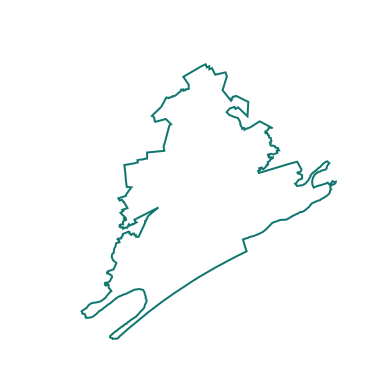 the district of Tecuala, Nayarit, Mexico, rotated 253°
{"feature_id": "50627088B70110967390572", "entity_name": "Tecuala", "entity_type": "district", "adm_level": 2, "iso_a3": "MEX", "parent_name": "Mexico", "parent_adm1": "Nayarit", "projection": "equal_earth", "projection_center": [-105.534, 22.348], "detail": "fine", "context": "isolated", "style": "outline", "palette": "teal", "viewbox_px": 384, "rotation_deg": 253, "n_neighbors": 0, "source": "geoboundaries", "source_scale": "gbopen_adm2", "svg_char_len": 5982}
<svg xmlns="http://www.w3.org/2000/svg" viewBox="0 0 384 384"><g transform="rotate(253 192 192)"><path d="M110.2,51.5L109.1,51.7L107.8,51.6L107.2,52.3L107.2,53.0L106.6,53.8L105.7,53.8L104.3,54.1L103.4,53.7L102.6,53.8L101.7,57.9L101.7,60.0L102.3,62.4L103.3,64.9L105.2,68.4L105.7,70.3L105.8,71.3L107.0,73.8L107.7,76.2L108.9,78.6L109.2,80.5L112.6,88.6L113.5,92.2L113.6,94.5L113.9,95.7L113.9,98.9L115.4,108.2L114.7,112.9L113.6,115.1L112.6,116.6L109.9,117.3L108.6,117.0L105.4,117.2L104.2,116.6L103.5,116.6L102.6,117.0L101.3,116.9L99.7,115.9L99.1,115.2L98.1,114.2L95.3,112.4L93.9,110.3L92.4,107.3L90.6,104.7L90.5,104.1L90.1,103.4L89.6,102.9L89.3,102.3L87.1,94.9L86.5,93.9L86.5,93.6L86.0,92.0L85.2,90.9L85.4,90.4L84.7,88.1L84.6,87.6L84.1,87.4L83.3,84.0L82.7,83.0L82.3,81.3L81.4,79.8L81.4,79.2L80.9,78.3L81.0,77.9L80.3,76.1L78.4,72.0L78.1,71.6L77.2,71.1L76.6,71.5L75.7,73.0L74.7,73.1L74.5,74.7L73.7,77.2L73.7,77.8L74.3,79.3L75.0,80.3L79.9,91.1L89.9,115.3L96.1,132.1L100.4,145.4L106.7,166.7L108.5,173.4L111.4,185.7L113.1,193.1L115.6,205.7L117.5,215.9L119.3,226.9L123.9,226.7L131.7,226.9L131.9,228.4L131.7,229.6L131.9,230.7L131.6,231.7L132.1,233.5L131.9,238.6L132.5,244.5L133.1,248.0L134.8,252.2L139.1,260.0L139.4,268.2L139.3,269.2L138.2,273.1L138.1,275.2L139.7,281.3L140.6,287.7L141.2,289.3L140.7,291.3L141.2,293.9L143.5,299.6L146.0,303.0L146.9,309.4L146.7,311.8L147.5,313.8L147.8,315.7L148.7,319.1L149.8,321.8L151.0,323.4L153.3,324.7L153.8,325.9L155.6,325.4L156.2,325.6L156.9,326.3L157.6,326.1L157.8,326.4L158.0,330.7L158.8,331.6L159.0,332.2L159.8,332.5L159.6,331.2L161.3,329.7L160.2,328.1L159.9,327.9L158.9,325.6L161.3,324.5L161.0,323.5L160.9,317.0L161.1,313.8L160.6,309.7L163.8,309.3L167.2,310.0L170.2,311.8L172.7,314.4L173.4,315.9L173.5,316.9L174.1,317.7L174.2,321.1L174.6,321.8L174.4,326.5L175.5,327.9L176.2,328.0L177.9,329.5L179.5,331.8L181.8,330.3L181.6,328.4L180.5,325.3L178.3,321.5L177.6,319.1L176.9,318.2L175.0,313.1L173.3,310.3L172.3,309.9L169.2,306.6L166.8,302.7L166.2,299.5L167.1,294.2L169.8,293.1L170.0,294.2L172.4,297.5L172.6,301.2L175.9,302.2L177.5,300.7L178.9,298.5L179.8,298.6L179.7,301.4L180.5,302.8L181.5,303.3L190.2,301.4L190.5,294.1L190.6,261.6L192.7,261.3L192.9,263.3L193.4,263.7L193.8,263.1L195.1,263.2L195.1,265.8L193.2,266.2L193.0,267.0L195.4,271.7L196.0,271.5L196.1,272.5L196.3,272.9L196.6,273.1L198.1,272.9L198.6,273.5L198.8,275.1L199.1,275.6L199.3,275.9L200.3,276.5L200.5,278.2L200.9,279.4L201.5,279.6L202.7,275.5L203.7,275.9L203.9,276.5L204.5,276.5L204.5,275.9L204.9,275.4L205.5,275.5L205.5,278.7L204.1,280.7L204.5,285.2L206.7,285.1L206.4,287.3L207.5,286.8L207.9,287.2L208.6,287.2L208.6,286.6L209.0,286.6L210.2,284.8L211.0,284.6L211.3,284.9L211.5,284.7L212.1,283.7L212.6,283.3L213.2,281.1L214.2,280.6L215.4,281.5L215.8,281.4L216.5,280.8L216.7,281.0L216.6,281.8L217.8,283.0L219.2,282.7L220.4,283.2L221.7,281.6L223.4,282.1L223.6,281.7L224.3,281.4L226.5,281.3L226.8,280.4L226.7,279.6L227.6,279.5L228.4,279.9L228.7,280.6L228.9,282.0L229.6,283.3L230.2,283.8L230.7,283.9L230.8,284.2L230.6,285.6L229.9,287.1L230.0,287.2L239.8,277.4L236.8,266.7L236.6,262.5L236.2,260.4L237.7,260.8L238.1,260.4L237.7,258.5L238.8,258.6L242.2,257.9L243.1,258.4L243.8,258.2L245.4,258.4L249.2,257.6L251.8,253.9L254.9,250.1L256.7,249.3L257.9,248.5L259.0,249.3L260.8,252.8L261.0,257.5L258.7,258.0L259.5,260.8L248.2,267.2L261.7,272.2L271.1,262.2L270.8,260.6L271.1,260.0L270.9,259.7L271.1,258.8L270.8,258.5L270.0,258.1L269.9,257.7L269.6,257.5L269.7,257.1L268.5,257.0L267.8,256.0L280.4,251.0L292.3,259.1L296.6,259.0L297.4,248.5L304.6,247.3L304.3,244.5L307.2,245.2L306.8,242.6L309.9,242.4L310.3,243.2L309.4,237.3L304.7,217.4L295.6,220.2L291.6,219.1L292.0,215.9L291.4,215.8L291.3,213.4L292.7,213.6L293.0,211.4L292.2,211.3L291.3,209.6L291.0,209.4L291.0,208.4L289.9,206.3L289.0,203.9L289.1,202.7L288.8,201.3L289.2,201.3L288.7,198.3L288.6,196.9L289.4,196.5L289.4,195.8L289.8,195.0L282.5,187.6L276.5,175.9L275.4,177.0L274.1,177.6L271.3,177.1L269.8,177.4L269.5,188.3L262.9,191.8L262.3,189.9L246.2,179.8L244.9,178.9L244.7,178.6L244.0,178.4L243.6,178.1L239.5,177.6L242.9,160.6L238.4,159.3L237.9,158.9L237.1,158.7L237.5,157.0L237.6,153.8L237.9,153.3L238.4,149.2L236.1,148.8L236.3,147.4L236.2,145.9L237.6,135.2L228.2,133.5L223.4,132.3L215.9,131.1L214.2,135.4L209.5,129.1L208.3,127.9L207.6,127.8L207.5,119.7L205.0,120.4L205.0,122.8L202.3,123.6L202.3,124.0L195.5,125.6L195.3,120.1L194.0,120.8L193.0,117.5L187.0,120.8L186.7,119.0L185.5,119.2L185.4,120.0L185.7,119.9L185.8,120.9L184.6,120.8L184.4,118.9L183.9,117.3L181.2,116.7L181.8,114.1L181.7,113.3L180.0,112.6L179.9,113.5L178.7,113.9L178.6,114.3L178.6,115.5L177.0,115.5L177.2,116.0L177.5,118.2L177.2,118.3L176.7,119.2L177.2,119.8L177.6,120.7L178.4,121.0L179.5,122.2L178.2,122.4L178.4,125.3L178.9,125.7L178.4,126.6L178.6,127.5L178.8,128.7L179.4,128.7L179.3,129.9L180.0,129.4L180.9,129.3L182.3,128.8L187.0,155.4L184.4,148.8L181.5,142.4L180.5,142.0L179.6,141.3L179.6,140.8L177.6,139.2L177.8,138.6L176.0,138.0L164.8,127.9L165.4,125.5L167.1,125.7L167.3,124.5L169.2,124.5L169.4,123.2L168.7,121.4L169.7,120.9L170.6,120.0L171.7,120.6L172.3,120.3L172.6,120.0L172.1,113.7L171.7,113.2L170.5,113.0L170.0,112.0L169.0,111.4L169.2,109.8L169.1,110.1L168.4,110.1L169.0,107.8L168.3,107.8L168.3,107.3L168.0,107.5L167.8,108.1L166.7,107.9L166.7,107.6L165.8,107.6L165.7,108.0L165.1,108.0L165.1,107.1L165.3,107.0L165.3,104.5L162.1,102.8L161.2,101.7L160.0,100.8L156.6,99.2L156.6,98.8L155.8,97.4L153.4,96.3L152.7,96.2L152.5,96.4L150.1,96.5L146.1,98.9L141.0,94.4L140.8,91.0L140.9,88.9L140.0,88.3L140.2,87.4L140.1,87.2L138.9,87.0L138.1,88.6L135.6,90.8L135.3,90.9L134.6,90.6L133.6,90.5L132.7,89.1L131.2,88.0L130.4,86.4L130.1,85.4L130.1,84.7L130.6,82.7L130.4,82.2L129.9,81.8L128.7,81.7L127.7,82.2L127.6,82.9L128.3,83.7L128.4,84.0L128.2,84.8L127.7,85.1L125.2,84.5L124.2,84.5L121.8,85.7L120.8,85.9L120.1,84.0L117.5,80.0L116.6,79.0L115.8,77.3L114.3,73.3L114.1,70.5L115.0,64.1L114.8,62.3L114.3,60.8L113.6,59.4L112.2,57.8L110.2,51.5Z" fill="none" stroke="#0f766e" stroke-width="2"/></g></svg>